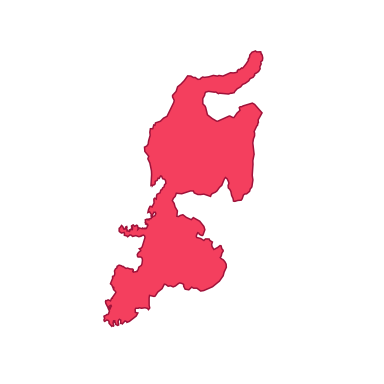 Chato, Geita, United Republic of Tanzania (Robinson projection), rotated 207°
{"feature_id": "72390352B63706364179884", "entity_name": "Chato", "entity_type": "district", "adm_level": 2, "iso_a3": "TZA", "parent_name": "United Republic of Tanzania", "parent_adm1": "Geita", "projection": "robinson", "projection_center": [31.727, -2.845], "detail": "fine", "context": "isolated", "style": "filled", "palette": "rose", "viewbox_px": 384, "rotation_deg": 207, "n_neighbors": 0, "source": "geoboundaries", "source_scale": "gbopen_adm2", "svg_char_len": 6051}
<svg xmlns="http://www.w3.org/2000/svg" viewBox="0 0 384 384"><g transform="rotate(207 192 192)"><path d="M234.7,299.3L235.8,297.4L235.9,296.3L237.9,295.0L241.2,295.5L242.8,294.6L245.6,294.8L248.6,293.5L249.4,287.9L250.9,282.9L252.6,279.2L251.8,274.4L253.2,269.3L252.5,267.9L249.4,265.5L248.9,263.5L248.6,248.1L250.9,244.9L252.3,240.7L255.9,237.0L255.4,234.6L256.5,234.4L255.7,230.6L257.8,229.5L256.7,226.1L255.0,223.5L253.9,217.8L252.8,214.7L253.2,212.4L254.7,210.4L252.4,206.7L246.8,204.2L246.4,201.5L242.7,198.7L237.7,192.4L235.9,189.2L231.5,179.1L230.4,180.0L230.1,179.5L229.9,180.4L228.8,181.5L228.6,182.5L229.6,184.8L228.3,186.6L228.5,188.9L227.4,189.2L227.3,192.0L226.3,192.3L224.1,190.5L222.2,190.9L220.8,190.2L219.2,187.8L219.8,186.0L219.2,183.7L220.0,182.5L220.0,180.3L220.7,179.5L220.1,176.8L222.1,174.1L222.0,173.0L220.6,169.5L222.4,169.6L222.8,168.4L220.8,164.9L220.8,160.5L222.1,160.6L222.9,160.1L222.8,156.8L222.0,153.7L220.8,155.1L217.6,153.2L216.6,155.0L216.8,156.6L215.4,157.3L214.4,156.3L214.3,154.0L215.8,152.5L215.7,150.9L215.8,152.0L216.7,153.0L217.2,153.0L217.7,152.1L216.9,151.5L216.4,149.8L218.2,148.3L217.8,147.7L219.0,147.1L219.7,147.5L221.0,146.0L219.9,144.4L220.0,143.8L218.7,143.3L219.2,143.1L218.9,142.4L217.7,142.4L217.7,143.0L216.9,143.1L216.1,142.1L216.1,138.8L217.7,137.5L217.2,138.2L217.5,138.5L218.5,137.4L219.6,137.5L219.7,136.7L223.6,135.8L222.7,135.4L223.2,134.1L223.5,135.3L225.4,137.3L226.3,137.3L227.5,135.4L229.5,136.0L230.5,134.3L230.2,133.8L229.4,133.8L229.0,133.7L228.9,133.3L230.0,133.7L229.8,133.2L228.3,132.2L228.1,131.3L227.7,131.0L229.4,131.4L229.8,130.7L229.7,128.6L230.0,130.4L230.6,129.8L230.1,128.4L232.2,128.0L232.7,129.2L232.7,128.6L233.5,129.6L233.9,129.5L233.7,130.7L234.5,131.6L235.2,130.7L234.9,128.5L235.9,128.0L238.1,129.8L239.6,130.2L239.9,127.6L240.4,126.6L239.2,124.1L238.5,123.7L236.2,123.4L234.2,125.1L233.5,124.6L232.6,122.7L230.2,123.3L229.0,122.9L227.8,125.6L226.4,125.9L224.8,125.4L222.2,127.7L219.1,128.0L217.4,129.4L216.6,130.5L217.4,129.7L217.4,130.0L215.7,131.6L214.4,131.4L213.2,130.1L211.5,120.6L211.8,119.0L213.2,117.5L211.4,117.0L211.0,116.4L212.2,113.8L212.4,111.5L211.5,110.1L210.6,109.6L208.3,110.8L207.0,110.7L206.0,109.9L205.1,108.5L204.0,105.4L203.8,103.6L205.3,100.8L204.7,98.4L205.1,96.9L204.8,96.3L207.8,94.0L208.7,94.3L208.9,94.8L208.6,95.2L209.0,96.0L209.9,96.4L212.4,95.3L214.9,95.0L216.2,93.9L219.7,94.4L220.0,94.0L221.7,94.2L223.8,93.7L225.0,91.7L224.5,90.4L225.3,88.6L225.2,86.4L223.9,84.6L223.3,82.7L223.5,81.6L224.4,80.9L224.3,80.1L223.6,79.6L223.0,73.2L221.2,72.7L218.2,70.2L218.4,71.3L219.2,71.9L218.5,71.5L218.0,71.0L218.0,69.9L217.6,69.5L214.9,68.6L214.2,67.8L215.1,61.4L214.8,61.1L215.4,60.7L215.2,58.0L217.8,57.8L218.6,56.5L219.5,56.1L219.3,55.0L218.2,53.6L214.6,51.0L213.2,54.0L212.7,54.3L212.0,53.7L212.2,52.8L211.8,50.0L212.4,51.3L213.2,51.5L213.7,51.4L213.9,50.3L211.5,48.4L211.1,45.6L211.3,44.7L212.3,44.1L212.9,42.7L214.0,41.6L213.8,40.9L212.5,39.9L212.4,38.1L211.8,37.3L211.0,37.1L209.8,39.3L208.4,39.5L207.1,39.0L206.5,37.6L205.9,37.2L202.6,35.9L202.5,36.4L201.1,36.8L201.0,37.4L202.9,39.5L203.4,41.6L202.6,42.0L202.7,41.0L202.1,40.8L201.6,41.2L199.8,39.4L197.6,39.4L197.0,40.3L198.9,42.7L199.2,44.4L198.9,45.6L197.3,45.5L196.0,42.5L195.0,43.0L194.2,42.8L193.1,46.7L191.3,46.8L190.8,46.3L189.1,48.2L185.4,56.1L185.3,59.6L187.8,59.0L189.4,61.6L189.3,62.9L187.1,64.0L186.5,64.9L184.2,65.5L181.4,67.5L178.8,68.1L177.4,67.4L177.0,69.5L178.7,71.5L182.2,78.3L182.9,80.6L178.4,81.7L177.6,82.5L177.1,87.2L174.8,92.3L174.8,97.3L173.3,97.7L170.5,97.2L168.5,98.7L165.7,98.9L164.2,100.6L162.5,104.3L161.8,105.3L161.0,105.6L159.0,106.0L157.5,105.8L156.6,104.2L154.0,102.3L150.4,103.4L149.1,107.1L146.9,107.0L144.0,108.5L139.3,107.7L136.8,109.5L130.7,116.9L127.1,125.1L126.2,131.5L127.0,135.1L127.2,140.5L128.8,143.2L130.9,144.7L133.2,145.7L135.9,145.9L137.1,146.4L136.9,148.4L137.6,150.9L137.4,153.6L137.9,154.3L139.7,155.0L141.6,157.2L142.7,157.0L143.9,154.3L146.4,150.7L149.4,152.5L150.7,154.3L151.1,156.7L154.1,156.9L155.4,157.9L158.7,156.3L159.4,154.2L163.2,154.5L167.2,153.6L168.0,154.4L168.4,155.6L168.4,158.4L167.2,158.4L166.2,157.6L163.9,157.6L162.9,158.0L162.7,158.6L163.4,164.2L165.8,166.7L171.9,169.5L179.2,169.8L180.1,167.0L185.6,166.8L189.8,167.6L191.8,165.8L192.9,164.0L194.5,163.5L196.4,168.5L200.3,171.0L202.8,173.8L205.6,175.3L205.7,178.1L205.0,180.4L205.4,183.8L200.3,185.8L193.7,192.4L191.2,193.5L189.6,192.2L185.7,192.4L183.2,193.6L180.5,195.5L173.5,196.5L173.7,198.1L173.4,199.6L171.2,202.3L170.3,204.1L169.6,208.7L168.5,211.4L169.1,218.1L168.8,220.1L166.7,219.7L164.6,218.1L163.1,216.6L162.8,214.2L161.5,212.1L159.5,211.5L157.6,210.1L155.1,206.9L152.4,204.8L150.9,202.7L149.6,203.1L147.3,205.3L144.5,207.0L144.2,208.7L144.8,212.7L144.1,214.1L142.5,215.2L141.0,218.7L141.5,221.3L141.0,223.1L141.1,224.1L143.2,230.4L145.9,234.2L150.2,244.3L152.0,247.5L153.8,253.8L160.1,263.3L161.4,267.3L161.7,270.4L162.9,272.8L164.1,274.1L164.3,280.2L163.9,281.2L164.6,283.2L164.3,283.9L165.8,286.3L165.5,294.3L176.0,298.5L178.6,298.6L185.6,291.9L186.4,290.6L187.8,289.8L188.2,288.6L186.3,286.5L187.7,282.8L188.4,277.4L189.4,276.9L192.8,276.9L193.4,276.5L201.1,266.9L202.0,266.3L207.2,266.6L213.3,267.8L218.1,273.4L219.3,274.4L222.4,275.5L224.8,280.1L224.7,284.0L225.3,285.8L225.0,287.4L222.9,289.2L217.4,291.1L216.2,291.9L213.1,291.6L212.4,292.5L203.9,295.9L202.2,297.8L201.6,297.9L199.5,299.7L199.6,300.7L198.6,304.5L196.4,307.8L195.8,310.8L193.9,313.0L191.9,316.8L191.7,319.4L189.6,322.0L189.2,324.6L189.7,325.1L189.5,326.3L188.7,327.1L187.4,329.6L187.2,332.7L188.4,334.3L188.5,337.6L189.1,337.9L189.8,339.3L189.0,341.1L189.8,343.5L191.6,345.8L192.6,346.5L192.8,346.3L194.4,348.1L198.0,346.2L199.5,346.5L202.0,343.8L202.7,340.3L201.9,338.0L202.2,335.8L201.5,334.9L202.0,330.4L202.9,326.0L203.4,325.1L204.1,325.1L205.1,322.7L206.2,322.3L206.7,320.7L206.2,319.5L207.0,318.5L209.3,316.8L211.8,315.8L217.1,309.3L220.9,308.1L221.9,306.8L225.9,305.6L229.4,302.2L232.9,299.8L234.7,299.3Z" fill="#f43f5e" stroke="#9f1239" stroke-width="1.5"/></g></svg>